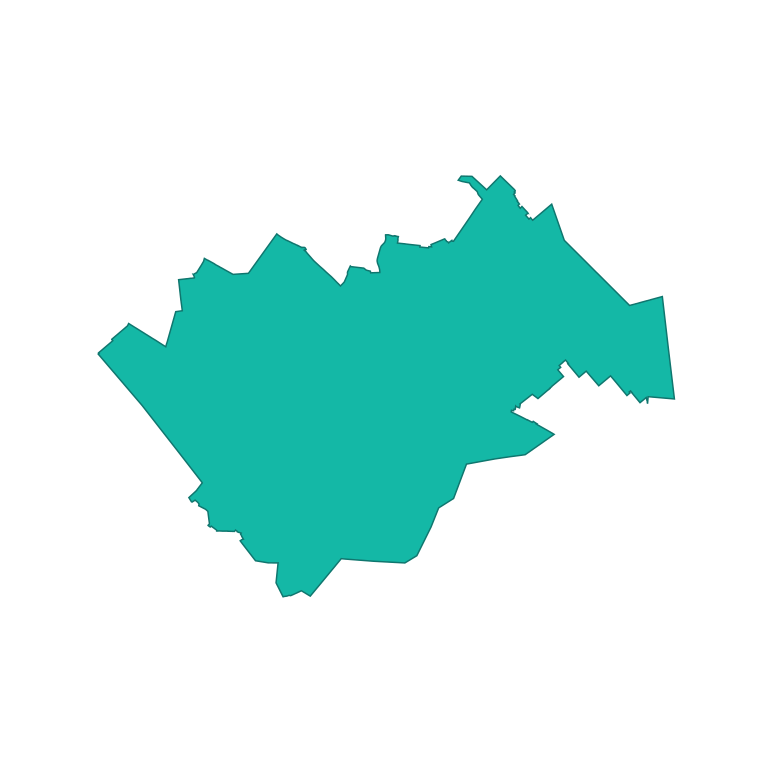 Midden-Drenthe, Drenthe, Netherlands, rotated 107°
{"feature_id": "6326949B32039619343175", "entity_name": "Midden-Drenthe", "entity_type": "district", "adm_level": 2, "iso_a3": "NLD", "parent_name": "Netherlands", "parent_adm1": "Drenthe", "projection": "orthographic", "projection_center": [6.517, 52.871], "detail": "fine", "context": "isolated", "style": "filled", "palette": "teal", "viewbox_px": 768, "rotation_deg": 107, "n_neighbors": 0, "source": "geoboundaries", "source_scale": "gbopen_adm2", "svg_char_len": 5859}
<svg xmlns="http://www.w3.org/2000/svg" viewBox="0 0 768 768"><g transform="rotate(107 384 384)"><path d="M163.0,276.2L183.9,289.7L182.5,292.0L182.1,292.4L183.9,293.6L181.2,297.9L178.6,296.3L178.6,296.2L178.5,296.3L178.1,296.8L175.3,301.6L173.9,304.0L176.1,305.1L174.1,307.9L173.9,308.0L172.5,307.3L172.3,307.1L171.3,308.7L171.2,308.6L170.3,310.0L169.9,309.8L168.9,310.9L166.2,314.0L165.8,313.8L164.8,315.5L162.9,314.5L162.3,315.6L161.1,314.9L160.7,315.1L159.9,316.2L151.0,333.6L168.3,342.6L167.9,343.4L159.7,360.6L162.6,370.9L167.4,372.6L167.4,372.3L167.5,369.7L167.5,368.4L167.3,366.7L167.2,365.4L166.8,361.9L166.7,361.4L166.7,361.2L166.9,360.9L167.2,360.5L167.9,359.8L168.6,359.0L168.9,358.5L169.3,358.1L170.2,356.6L170.4,356.2L170.5,355.8L171.1,354.5L172.5,351.6L172.7,351.2L172.9,351.0L173.0,350.9L174.7,349.7L175.1,349.3L175.4,349.0L176.5,347.3L178.6,344.0L189.9,347.7L199.9,350.7L227.2,359.3L227.5,360.6L226.8,361.1L230.1,363.5L229.6,364.0L229.5,364.4L229.4,365.5L229.2,366.0L228.7,366.4L228.5,367.0L228.2,367.5L227.5,368.2L227.5,368.3L227.5,368.5L234.2,376.5L235.6,378.2L236.9,379.8L238.9,378.6L239.5,381.3L240.8,381.2L241.6,385.2L242.5,389.8L241.1,390.0L243.1,400.5L243.7,403.8L243.9,405.2L245.3,412.3L242.3,412.7L242.1,412.7L241.9,412.8L241.7,413.1L239.3,413.4L238.9,413.3L238.8,413.5L239.3,416.3L239.0,416.3L239.2,417.4L239.2,417.6L239.4,417.9L239.7,418.1L240.0,418.6L240.0,419.4L239.9,419.8L240.0,420.3L240.0,423.2L240.1,423.6L240.4,424.7L240.9,426.1L241.3,426.0L241.9,425.8L243.7,425.1L244.6,424.8L245.2,424.7L245.7,424.6L246.6,424.6L247.2,424.6L248.0,424.7L248.6,424.9L249.2,425.1L249.6,425.3L251.9,426.5L252.6,426.8L253.1,427.0L253.9,427.1L254.5,427.2L255.4,427.2L265.4,427.0L266.6,426.9L267.4,426.8L268.2,426.6L269.1,426.2L269.6,425.9L270.2,425.6L270.9,425.1L272.5,423.8L273.0,423.4L274.2,422.6L275.6,421.8L276.4,421.4L277.6,420.9L278.6,420.6L281.6,429.3L280.1,430.0L280.3,434.2L279.3,436.7L279.1,437.2L281.4,449.8L281.0,450.7L287.2,451.6L287.8,451.6L288.2,451.5L289.6,451.0L290.1,450.9L298.0,451.8L299.3,452.4L300.5,453.0L303.0,454.3L302.7,454.8L301.8,456.4L301.3,457.2L301.2,457.6L299.6,460.5L298.9,461.7L296.7,465.9L295.8,467.9L293.9,472.0L293.2,473.4L292.2,475.4L290.2,479.9L287.6,485.3L286.9,486.7L286.0,488.3L282.7,493.6L281.6,495.4L280.5,497.0L279.8,498.4L279.8,498.5L279.8,498.8L279.7,498.6L279.3,499.5L278.9,499.1L278.6,498.8L278.7,498.5L278.4,498.1L278.2,497.8L277.5,498.4L276.8,499.3L276.7,499.6L276.7,499.8L276.7,500.0L276.7,500.3L276.7,500.5L277.1,501.4L277.4,502.2L277.5,502.6L277.3,502.6L277.4,503.1L277.3,503.9L276.7,507.0L276.9,507.0L276.6,508.6L276.4,509.5L276.2,511.3L276.1,512.6L276.0,513.3L275.9,513.3L275.1,518.4L275.2,518.5L274.9,520.2L274.5,521.9L273.7,525.0L273.2,526.6L272.8,527.9L272.4,529.1L271.8,530.4L317.8,546.0L323.3,560.4L321.4,569.3L320.6,572.9L320.0,576.0L319.9,576.0L319.3,579.2L319.0,580.6L318.9,580.6L318.5,582.0L317.2,588.2L317.3,588.2L317.3,588.5L316.4,592.5L316.8,592.5L318.8,592.4L319.5,592.4L324.5,593.6L325.9,594.0L332.3,595.7L332.5,595.8L332.5,596.0L335.0,598.4L335.0,598.5L336.6,597.0L337.8,596.3L338.1,596.5L338.2,596.8L339.4,599.5L339.4,599.8L340.5,602.1L340.9,603.1L344.3,610.9L363.3,602.7L364.3,602.2L364.6,602.1L372.9,598.3L375.7,604.3L408.4,603.6L408.5,603.7L412.2,603.6L411.0,608.0L408.9,615.4L408.1,618.7L400.8,645.9L402.9,646.2L403.3,646.3L403.7,646.5L420.8,657.4L421.0,657.4L421.9,656.0L437.5,666.0L437.8,665.4L438.9,666.1L475.2,609.1L507.0,563.7L512.9,555.3L531.0,529.7L531.7,528.9L539.8,531.9L540.4,532.0L549.7,537.4L553.4,533.2L553.3,533.3L553.2,533.2L550.5,530.8L550.3,530.7L551.6,527.5L552.8,525.8L554.6,525.6L555.9,518.4L556.0,518.1L556.1,517.7L557.3,515.2L565.1,511.7L568.1,510.3L568.6,510.2L569.1,510.1L570.5,510.9L570.7,510.4L570.9,510.4L571.0,510.1L571.5,508.9L571.5,508.6L571.5,508.4L571.5,508.2L571.1,508.0L570.5,507.7L570.4,507.5L570.9,506.3L571.2,505.6L571.2,505.4L572.3,502.4L572.5,501.8L572.9,501.1L573.5,501.0L573.3,500.3L572.6,498.4L572.5,497.8L572.1,496.3L571.9,495.4L571.0,492.5L570.4,490.6L570.5,490.5L568.7,483.9L567.1,483.3L567.8,481.3L568.0,481.3L568.2,481.2L568.4,479.7L568.3,479.0L568.4,477.1L568.6,477.2L569.6,477.2L569.8,476.9L570.8,475.8L571.2,475.6L571.6,475.2L573.5,473.1L573.6,473.3L573.8,473.6L574.3,474.3L574.8,474.8L575.2,475.1L576.0,475.7L578.7,472.0L581.8,467.6L590.6,455.2L588.9,442.5L586.8,435.4L586.4,434.1L586.0,433.0L605.7,429.1L617.0,418.3L616.9,418.1L616.4,417.4L615.2,414.8L614.6,414.0L614.3,413.6L614.0,413.1L613.9,412.8L613.8,412.4L613.7,411.4L612.1,409.5L605.9,402.6L608.4,392.5L601.0,389.4L589.5,384.6L563.5,373.8L563.4,373.1L562.7,369.7L558.0,348.7L556.6,342.4L555.2,336.7L549.0,311.7L538.6,302.4L507.0,297.2L492.5,296.0L486.5,295.5L474.3,285.0L473.2,284.0L436.5,281.7L429.4,268.0L423.2,256.0L419.6,248.4L418.8,246.7L416.4,241.6L411.9,231.7L410.3,228.3L382.4,206.6L382.2,207.4L380.5,214.6L379.9,217.4L379.8,217.8L379.1,221.0L378.3,224.6L378.0,225.7L377.8,226.4L377.4,226.2L377.4,226.3L377.3,226.2L376.1,230.4L377.3,231.0L376.3,236.5L376.5,236.6L376.0,239.2L375.1,244.2L374.1,250.5L373.5,254.2L371.9,254.4L371.7,252.2L370.1,252.3L369.9,251.1L366.6,251.6L366.9,251.1L366.9,250.9L367.0,250.6L367.2,247.4L366.7,247.4L363.3,247.8L363.1,247.9L363.1,248.0L350.5,239.2L352.9,232.5L340.8,224.8L340.9,224.7L339.6,223.9L339.4,224.1L337.4,222.8L337.1,222.8L324.4,214.5L319.6,222.0L316.4,219.9L315.1,221.9L311.3,219.4L311.2,219.5L308.0,217.4L310.4,213.8L310.9,214.2L311.5,213.3L319.3,201.3L320.5,199.5L312.6,194.4L322.9,178.1L310.0,169.7L313.7,164.0L314.6,162.6L316.3,160.0L324.0,148.3L320.6,146.1L319.9,147.2L318.5,146.2L319.9,144.1L320.1,144.2L321.0,142.8L327.0,133.7L323.2,131.2L320.3,129.3L320.7,129.0L322.8,127.8L323.3,127.2L324.3,127.0L325.2,126.5L325.8,126.2L318.9,127.7L313.4,101.9L266.1,122.8L219.0,143.4L237.1,172.1L215.6,212.6L215.4,213.1L207.5,227.9L193.9,253.6L163.0,276.2Z" fill="#14b8a6" stroke="#0f766e" stroke-width="1.5"/></g></svg>